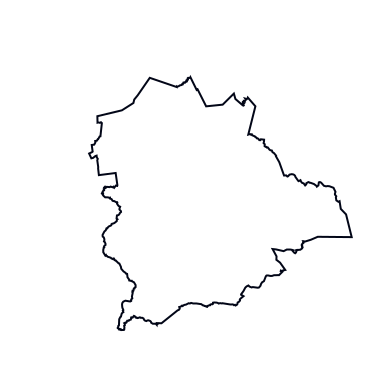 Taupo District, Waikato, New Zealand, rotated 243°
{"feature_id": "76426892B49452595685205", "entity_name": "Taupo District", "entity_type": "district", "adm_level": 2, "iso_a3": "NZL", "parent_name": "New Zealand", "parent_adm1": "Waikato", "projection": "natural_earth1", "projection_center": [175.983, -38.801], "detail": "fine", "context": "isolated", "style": "outline", "palette": "ink", "viewbox_px": 384, "rotation_deg": 243, "n_neighbors": 0, "source": "geoboundaries", "source_scale": "gbopen_adm2", "svg_char_len": 5879}
<svg xmlns="http://www.w3.org/2000/svg" viewBox="0 0 384 384"><g transform="rotate(243 192 192)"><path d="M88.9,105.2L93.1,125.5L92.9,126.6L93.6,128.1L95.3,128.4L95.0,129.8L95.3,131.5L94.6,131.9L94.9,132.9L94.8,134.3L94.4,135.4L94.4,138.5L93.6,139.5L93.6,140.8L92.2,142.4L90.7,145.3L87.8,149.4L86.1,150.2L85.7,150.9L84.8,151.3L84.1,152.4L83.3,152.7L82.8,153.4L83.5,154.1L83.2,155.0L83.3,156.0L82.9,156.8L83.4,157.4L83.1,158.6L82.7,159.2L82.8,159.7L83.1,159.7L83.3,160.3L83.8,160.5L83.5,161.6L82.2,163.8L81.2,164.8L80.5,165.1L80.2,166.6L79.1,168.1L79.1,168.6L74.3,175.2L73.3,177.4L72.1,178.0L72.0,179.1L71.1,179.3L71.1,180.5L71.4,181.4L72.8,182.5L72.9,184.2L73.5,185.5L74.5,185.8L74.9,186.5L75.8,190.6L78.2,189.1L78.6,189.4L80.3,192.8L82.6,196.1L83.1,197.8L83.1,199.8L81.6,200.3L79.9,201.8L79.7,203.0L76.8,207.2L76.5,208.4L77.4,210.5L78.6,211.6L79.7,213.4L79.9,215.6L83.1,219.2L83.7,220.2L83.7,220.7L82.9,222.2L81.7,223.6L80.9,225.2L80.6,227.4L78.4,231.8L79.8,236.1L81.2,235.1L81.6,235.5L80.7,236.1L80.8,237.3L80.2,239.7L89.1,238.4L93.3,236.4L96.3,238.1L104.6,237.9L102.7,240.8L97.7,246.8L97.7,250.3L96.2,253.3L95.2,254.7L94.3,255.6L94.4,254.8L91.6,255.5L90.6,256.1L90.9,257.2L91.6,257.9L92.9,258.4L92.7,259.4L92.3,259.5L92.1,260.6L91.4,262.3L91.7,264.3L92.4,265.4L92.8,265.5L93.2,265.1L93.9,265.5L94.3,265.5L94.5,265.9L95.1,265.8L95.5,266.2L96.0,268.0L96.5,267.9L97.2,268.7L97.7,268.7L97.3,269.4L96.6,269.8L95.5,276.2L95.0,283.7L79.3,313.8L102.1,319.1L109.4,316.9L116.8,319.3L116.8,318.0L119.0,316.8L121.8,317.7L122.7,318.6L124.8,318.2L125.5,318.5L127.0,319.9L131.5,320.0L134.7,317.1L135.7,315.6L136.2,314.0L137.6,312.4L141.7,311.3L142.8,310.5L143.0,309.4L140.5,307.6L140.1,305.7L140.9,305.7L143.7,304.3L146.4,301.8L146.6,301.3L147.9,300.4L148.0,299.8L147.9,297.9L146.9,297.2L146.5,295.8L149.0,295.4L150.1,294.3L151.5,293.9L153.3,294.0L153.2,292.0L153.7,291.7L158.6,291.0L159.6,291.2L160.7,290.9L161.6,290.3L162.6,289.0L163.2,286.8L162.4,284.7L162.5,284.0L164.0,283.5L164.9,281.5L178.9,283.3L185.7,283.0L186.0,283.4L186.4,283.4L189.5,282.7L190.9,281.8L192.7,282.0L193.6,280.8L194.5,280.3L197.4,279.7L197.6,278.9L198.5,278.7L198.8,278.1L199.9,277.5L201.5,278.5L203.1,278.0L204.2,279.0L205.9,280.0L207.7,277.3L207.2,276.3L207.7,275.5L208.5,275.5L210.1,274.8L210.3,274.2L212.4,273.6L212.5,273.3L213.2,273.1L215.2,271.4L216.1,271.5L216.2,270.8L216.6,270.9L217.3,269.8L217.6,268.2L239.6,287.4L250.8,284.6L250.3,284.1L249.9,283.1L251.1,281.8L249.7,281.9L249.5,281.1L249.0,280.6L249.0,280.1L249.6,279.5L249.1,279.2L249.2,278.2L248.1,277.5L247.6,277.7L247.3,278.5L246.8,277.4L246.4,277.2L245.7,277.4L245.6,277.1L246.1,276.6L255.2,272.9L260.7,274.0L255.9,259.0L261.9,243.5L282.0,243.6L281.2,243.2L281.1,242.8L280.7,242.9L280.7,242.5L295.0,242.7L294.5,242.1L295.5,240.3L295.3,239.8L294.7,239.9L294.0,239.4L293.9,239.2L294.2,239.0L294.0,238.7L294.1,238.1L293.2,237.8L293.4,237.2L292.8,237.0L293.1,236.0L292.6,235.3L293.3,234.5L293.4,234.1L292.8,233.7L292.8,233.3L292.5,233.3L292.2,232.7L292.4,232.3L292.2,232.2L292.4,231.9L292.1,231.2L292.5,229.5L292.3,228.1L292.7,226.6L292.5,226.4L292.8,226.3L292.5,226.0L312.9,206.2L302.8,187.5L300.6,182.5L297.9,180.2L296.6,166.6L302.5,142.1L296.7,139.3L296.6,140.0L295.5,141.3L295.5,142.5L294.4,142.6L294.2,142.9L283.2,135.7L283.4,134.9L281.7,132.4L281.9,132.1L280.9,130.4L281.4,128.9L280.0,128.4L278.6,126.4L279.4,124.0L273.1,121.8L272.9,120.9L273.0,117.8L267.7,117.6L267.3,119.4L267.9,122.2L267.7,123.5L266.1,122.9L264.3,123.1L263.3,122.0L256.9,119.8L255.5,119.0L249.3,116.7L243.6,132.6L231.9,128.6L231.4,128.1L232.3,127.0L231.1,124.6L232.3,124.3L232.0,123.7L233.8,121.9L233.7,120.9L235.3,118.4L235.1,117.1L236.2,116.9L235.8,115.6L235.4,115.6L234.8,116.2L234.6,114.6L233.4,114.4L233.2,113.0L231.8,111.3L231.2,112.2L230.7,112.0L230.4,111.2L228.8,111.4L226.7,112.2L225.3,114.8L224.5,115.5L224.2,116.4L223.3,116.0L222.2,117.1L220.4,117.2L219.7,117.7L219.2,118.6L217.5,119.7L216.9,120.7L216.5,120.7L215.7,119.9L213.6,120.1L212.8,120.3L211.5,121.3L210.3,120.0L209.3,119.4L207.2,120.0L206.4,119.7L206.0,118.2L205.3,117.3L204.8,116.0L205.2,114.5L202.7,112.8L201.6,113.2L201.5,112.5L200.2,111.7L199.6,108.8L199.7,107.4L200.0,106.3L199.9,105.7L199.2,105.2L198.9,104.4L199.1,102.5L198.7,101.0L198.1,100.1L198.4,99.8L198.5,99.4L197.0,97.7L196.6,96.0L194.3,92.8L192.8,92.2L191.6,92.8L189.8,92.5L188.8,92.0L187.9,91.1L186.9,91.6L185.0,91.4L184.0,90.8L183.9,89.6L182.9,88.4L182.5,88.6L182.0,87.7L180.8,86.7L178.6,85.6L174.6,85.9L174.8,86.7L174.2,86.6L173.6,87.2L172.7,87.4L170.3,89.8L169.4,90.0L168.2,91.0L168.5,91.7L168.3,92.2L166.8,92.3L166.4,92.1L165.4,93.1L164.7,93.1L164.3,93.4L161.8,94.2L161.3,94.8L157.6,94.7L155.7,94.1L152.4,94.9L150.1,96.1L149.3,96.1L148.5,97.0L145.2,95.8L142.3,96.3L141.7,95.9L140.7,97.0L140.2,98.0L139.8,97.9L137.9,99.3L134.7,99.5L132.9,98.6L132.8,97.5L132.2,97.1L132.4,96.5L132.1,96.0L131.2,95.5L130.6,94.9L131.0,94.2L130.1,93.5L129.8,93.8L129.2,93.5L126.1,91.0L124.3,90.5L123.9,89.1L123.3,88.9L123.0,88.3L122.5,88.2L122.5,87.3L123.0,86.5L125.4,83.3L125.5,81.0L124.8,79.6L123.7,78.7L121.9,77.9L120.4,77.4L118.3,77.3L117.8,77.1L117.7,76.5L116.1,76.3L116.0,75.2L115.5,74.1L113.2,72.1L113.1,71.3L111.7,69.4L106.4,66.4L106.2,65.6L105.7,65.4L104.7,64.1L104.4,64.0L103.6,64.6L102.9,64.6L103.0,65.3L102.5,65.8L101.8,65.6L101.6,66.4L101.1,66.3L100.0,68.7L100.2,69.2L101.0,69.5L101.5,70.1L103.6,70.8L103.8,71.7L105.1,72.2L105.9,72.1L105.9,73.2L105.4,73.6L105.5,74.5L106.3,75.1L106.7,75.9L106.0,77.1L106.4,77.6L106.1,79.6L106.8,80.1L106.9,80.5L107.5,80.7L107.4,81.2L107.7,81.3L107.1,82.2L108.0,84.0L107.3,84.6L105.8,84.8L105.5,85.5L105.1,85.4L104.8,85.7L104.3,86.4L104.0,88.7L103.1,89.3L102.5,90.6L101.3,91.4L99.9,91.3L98.6,91.8L97.7,92.8L97.8,94.0L97.4,95.0L96.0,96.2L95.2,96.5L94.0,96.3L92.4,97.3L91.1,99.9L89.9,100.2L90.1,100.3L89.8,101.0L90.0,101.6L90.3,101.9L90.8,101.8L88.9,105.2Z" fill="none" stroke="#020617" stroke-width="2"/></g></svg>